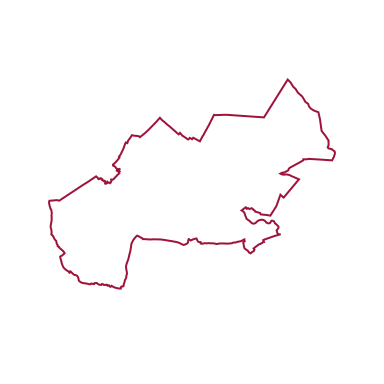 Manesti, Dâmbovita, Romania, rotated 334°
{"feature_id": "2599482B57698310320107", "entity_name": "Manesti", "entity_type": "district", "adm_level": 2, "iso_a3": "ROU", "parent_name": "Romania", "parent_adm1": "Dâmbovita", "projection": "equal_earth", "projection_center": [25.283, 44.948], "detail": "fine", "context": "isolated", "style": "outline", "palette": "rose", "viewbox_px": 384, "rotation_deg": 334, "n_neighbors": 0, "source": "geoboundaries", "source_scale": "gbopen_adm2", "svg_char_len": 5949}
<svg xmlns="http://www.w3.org/2000/svg" viewBox="0 0 384 384"><g transform="rotate(334 192 192)"><path d="M217.7,272.8L218.4,272.7L219.8,272.2L220.9,272.3L221.6,272.2L222.9,271.1L222.7,270.6L222.6,269.8L224.5,269.3L229.5,268.4L230.4,268.6L230.8,268.7L231.4,268.5L232.4,268.7L233.1,268.3L234.0,268.3L234.8,268.5L234.9,267.7L234.9,266.5L236.3,266.5L247.5,267.8L253.1,268.9L251.8,268.2L251.0,267.6L250.7,266.3L251.2,263.6L253.7,262.4L254.2,261.8L254.6,260.9L253.4,257.5L252.8,256.6L252.9,255.4L252.8,254.2L252.2,253.5L251.2,252.7L250.5,252.8L248.7,254.0L247.7,254.0L246.9,253.7L245.5,252.2L245.0,250.2L244.1,248.6L242.7,247.5L240.4,246.9L238.4,246.8L235.6,247.7L234.2,247.7L233.5,247.5L232.2,246.4L231.0,243.2L229.3,240.1L229.6,236.4L230.0,233.5L229.5,232.0L228.5,230.3L233.6,229.3L233.7,230.9L233.9,231.2L234.6,230.8L235.3,231.0L236.1,232.5L238.5,232.7L239.5,234.6L239.4,235.2L239.9,235.7L240.3,236.4L240.2,237.4L241.2,238.2L244.0,240.7L243.9,241.8L244.0,242.3L248.9,245.3L252.0,247.6L261.5,241.8L270.3,233.2L271.9,237.2L293.7,227.5L288.6,221.5L287.0,219.5L285.7,218.3L284.7,217.7L282.0,216.6L281.3,216.2L280.4,215.4L279.5,214.2L281.4,214.2L284.1,215.0L285.6,214.8L288.0,214.8L289.1,213.6L290.4,213.1L301.6,212.6L305.9,212.3L306.4,211.4L309.2,212.8L311.4,213.4L321.2,218.9L331.8,225.0L334.8,222.7L337.0,220.5L337.9,218.8L337.9,217.8L336.8,215.9L336.4,214.7L333.9,212.7L333.5,211.4L335.4,209.7L335.7,208.8L336.4,207.6L336.8,206.3L337.3,205.8L336.5,199.6L336.0,197.4L335.3,193.8L338.8,183.1L340.6,175.7L337.3,172.3L335.3,169.0L334.7,166.4L335.0,163.5L333.4,160.8L333.3,158.3L332.9,154.4L330.7,149.0L330.3,144.9L329.1,141.6L328.6,136.7L327.3,132.9L289.4,156.5L257.5,138.1L254.5,136.6L246.8,133.2L245.6,132.3L236.6,139.2L227.6,145.5L227.1,146.0L226.0,146.5L221.3,149.9L216.9,143.8L215.2,144.6L213.8,142.4L211.9,143.2L211.4,142.9L211.2,142.6L208.7,138.1L208.5,137.8L208.2,137.6L207.1,133.6L205.4,134.4L204.5,132.6L200.4,122.7L199.4,120.8L198.1,117.5L196.5,114.0L195.7,111.2L190.1,113.5L180.4,117.0L175.0,118.6L169.2,119.9L169.0,119.0L168.1,118.2L166.4,117.0L165.0,116.3L163.0,114.6L160.1,116.3L157.0,117.9L155.3,119.7L154.2,118.5L152.9,119.5L149.0,123.3L144.4,126.9L141.8,128.3L142.1,129.0L141.1,129.7L137.6,131.3L133.4,132.8L133.0,132.7L132.7,133.5L132.7,133.9L133.1,134.4L133.5,134.7L133.9,135.3L134.1,135.9L134.2,137.0L134.8,138.2L134.8,138.4L135.1,138.7L136.0,139.3L137.0,139.5L137.0,139.8L135.8,140.9L135.0,140.2L134.1,139.4L133.7,139.8L134.0,140.3L134.4,140.8L135.8,141.8L135.9,142.1L134.9,142.6L135.0,143.0L134.9,143.3L132.1,144.1L131.3,144.5L128.2,145.6L128.0,145.8L127.5,145.9L126.9,146.1L126.0,146.1L124.8,145.3L124.6,145.5L124.8,146.2L124.8,146.4L124.0,147.1L123.6,147.5L123.2,147.7L122.9,148.0L122.2,147.9L122.0,148.0L121.9,147.8L121.7,147.2L121.1,147.0L120.8,146.9L120.7,146.7L120.6,146.1L119.5,146.9L118.9,146.8L118.5,146.4L117.9,146.7L117.7,146.6L117.6,146.4L117.7,146.0L118.8,145.4L119.0,145.0L119.0,144.8L118.6,144.2L118.5,143.8L118.2,143.8L118.0,144.0L117.7,143.9L117.6,143.7L118.0,143.6L118.0,143.4L117.3,142.7L116.8,142.5L116.5,141.9L116.7,141.7L116.9,141.5L117.0,141.3L116.7,140.9L116.4,140.7L116.6,140.4L116.3,139.9L115.9,139.5L115.5,139.4L114.3,139.7L113.8,139.6L113.4,138.8L113.4,138.3L113.5,138.0L113.4,137.5L113.1,137.0L112.7,136.5L112.6,135.9L105.4,136.9L104.6,137.1L96.8,137.9L68.8,141.6L66.9,140.0L63.9,138.9L60.1,137.4L59.8,137.5L59.6,137.7L58.9,138.8L58.5,140.0L58.2,141.0L57.5,145.0L57.5,145.3L57.7,145.8L57.7,146.2L56.9,149.1L56.5,149.9L55.5,151.4L55.1,152.2L54.8,153.3L54.2,154.3L53.5,155.9L50.0,160.6L49.4,162.1L49.1,164.0L48.2,166.6L47.7,167.6L47.2,168.0L47.0,168.5L47.1,169.2L47.5,169.6L47.8,170.5L47.8,174.1L48.1,175.4L48.3,175.8L48.5,176.2L48.3,177.2L48.0,178.4L47.8,178.8L47.8,180.1L48.0,181.0L47.9,181.3L47.5,181.7L47.7,182.2L48.4,183.1L48.2,183.6L50.4,188.8L50.7,191.2L50.2,191.4L47.0,192.2L46.0,192.1L45.2,192.3L44.7,193.8L44.1,197.5L43.7,198.7L43.5,200.8L43.4,202.0L43.5,204.0L44.5,206.5L45.1,207.5L45.4,208.2L46.0,209.1L46.4,209.9L46.4,210.3L46.3,210.7L46.4,210.9L46.9,210.9L47.5,210.4L47.8,210.0L48.1,210.3L48.6,211.9L49.4,214.0L49.9,214.9L50.6,215.3L51.5,216.3L51.9,216.8L52.1,217.6L52.2,218.5L52.1,218.9L52.1,219.7L51.4,222.1L52.3,224.1L53.7,225.8L57.3,228.2L58.3,229.0L58.8,229.6L60.0,230.3L60.3,230.4L61.3,230.1L61.6,230.2L62.7,231.3L63.7,231.8L64.2,231.3L65.1,231.4L66.5,232.0L66.8,232.9L67.9,234.6L69.7,235.7L70.5,235.2L70.8,235.3L71.2,235.5L71.6,236.0L71.8,236.5L71.9,236.8L72.5,237.0L73.8,237.7L73.9,237.9L74.2,238.1L74.8,238.0L75.0,238.2L75.1,239.1L75.3,239.4L75.8,239.6L76.1,239.4L76.4,239.4L76.6,239.6L76.7,240.3L76.7,240.8L76.8,241.1L77.1,241.4L77.3,241.5L77.8,241.4L78.3,241.3L78.6,241.1L79.9,243.1L81.2,244.5L83.7,246.5L85.6,247.6L86.3,246.7L86.4,246.3L87.2,246.1L87.6,246.3L88.3,246.4L88.7,246.6L89.1,246.6L89.3,246.5L90.1,245.1L91.8,243.5L92.6,242.4L92.7,242.2L93.1,241.8L95.2,240.3L96.4,238.4L97.8,236.8L98.2,235.8L99.4,231.6L100.0,230.1L101.6,228.0L105.3,224.5L107.7,221.5L110.7,218.0L113.0,214.8L114.4,212.6L115.1,211.8L117.9,209.6L119.0,209.0L122.0,207.6L123.5,207.2L123.7,207.3L124.3,208.0L126.9,211.7L127.2,212.1L127.1,212.8L128.1,213.2L133.3,216.2L136.6,217.6L140.9,219.8L142.8,220.8L144.9,222.1L154.6,229.0L157.6,231.4L160.8,235.5L161.3,235.9L162.1,236.1L163.6,236.2L164.7,236.2L165.6,236.0L166.4,235.3L167.8,233.4L168.4,232.9L168.8,233.3L169.6,235.0L173.2,235.1L175.6,235.7L175.6,238.6L175.8,239.4L175.9,239.6L176.6,240.3L177.8,240.8L177.9,241.0L177.9,241.3L177.3,242.1L178.1,242.8L179.0,243.2L180.5,243.4L180.9,243.5L182.6,244.6L184.1,245.0L185.2,245.7L188.6,247.5L190.1,248.5L191.1,249.4L191.6,249.7L192.7,249.9L194.6,250.5L197.7,252.0L200.9,253.8L203.4,254.8L204.6,255.3L205.6,255.6L206.7,255.5L207.4,255.7L207.9,256.0L209.1,256.5L211.0,256.7L214.1,257.6L215.4,257.7L217.3,257.5L218.3,257.6L217.7,259.4L217.2,259.3L216.9,259.4L215.8,260.1L215.3,262.1L214.7,264.3L214.5,265.7L214.8,266.4L216.4,269.2L216.7,271.3L217.7,272.8Z" fill="none" stroke="#9f1239" stroke-width="2"/></g></svg>